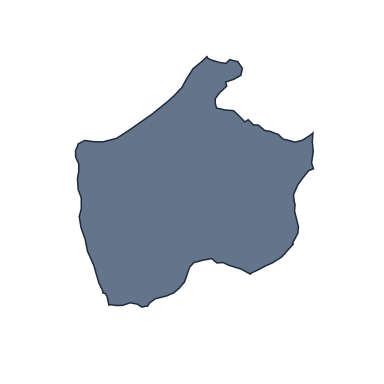 outline of Troulloi, Larnaca, Cyprus, rotated 145°
{"feature_id": "46923920B28470702945457", "entity_name": "Troulloi", "entity_type": "district", "adm_level": 2, "iso_a3": "CYP", "parent_name": "Cyprus", "parent_adm1": "Larnaca", "projection": "robinson", "projection_center": [33.619, 35.026], "detail": "fine", "context": "isolated", "style": "filled", "palette": "slate", "viewbox_px": 384, "rotation_deg": 145, "n_neighbors": 0, "source": "geoboundaries", "source_scale": "gbopen_adm2", "svg_char_len": 1599}
<svg xmlns="http://www.w3.org/2000/svg" viewBox="0 0 384 384"><g transform="rotate(145 192 192)"><path d="M102.1,294.3L108.9,293.3L120.4,292.4L127.6,289.4L131.6,287.8L140.1,283.5L151.8,281.1L160.1,280.1L179.6,278.7L192.7,278.7L208.6,278.7L222.9,279.2L236.3,284.2L244.4,290.2L250.2,295.7L256.7,296.6L257.5,296.7L263.9,292.4L267.3,287.3L268.7,279.9L273.1,273.7L278.0,268.9L283.8,259.3L286.0,250.9L292.1,242.0L298.5,236.5L303.3,226.6L305.0,220.6L306.5,214.9L311.6,203.4L314.6,187.8L317.1,180.9L320.5,170.7L321.8,162.4L322.9,160.4L321.1,158.5L321.6,155.0L324.8,147.4L324.9,147.0L324.6,147.0L324.0,146.9L318.5,142.0L313.8,138.9L306.2,136.7L301.0,131.4L299.1,126.5L294.5,124.5L294.0,123.9L290.2,125.5L283.2,125.6L272.6,121.5L264.9,119.9L257.7,120.5L249.7,122.6L243.9,126.8L237.1,131.8L231.0,133.1L222.0,129.8L214.0,126.1L212.4,119.7L207.0,116.3L204.2,111.4L200.0,105.8L195.9,100.6L193.2,95.0L191.3,91.2L190.2,91.7L182.6,90.3L174.3,89.3L166.6,87.8L155.6,87.3L147.4,89.3L139.0,91.2L139.4,92.2L128.9,97.5L124.8,102.4L118.9,117.6L114.6,122.8L114.0,125.1L110.4,131.6L101.2,137.2L93.5,139.9L84.1,142.6L79.2,141.3L77.4,147.2L69.3,155.8L64.7,164.1L59.1,171.0L62.0,170.7L72.0,171.1L79.0,173.8L83.1,178.7L87.0,183.1L88.4,190.0L90.4,192.6L93.4,197.1L97.1,200.7L99.3,208.8L103.2,211.8L104.5,219.0L108.5,219.1L109.9,227.9L111.3,234.8L117.8,240.2L123.7,246.7L122.1,251.2L119.4,255.1L112.8,257.4L102.9,258.8L101.4,262.8L93.5,260.4L85.1,259.5L79.8,264.4L79.7,272.6L85.3,278.8L90.4,277.9L95.0,282.2L98.7,286.8L101.0,289.9L102.2,292.2L102.2,293.4L102.1,294.3Z" fill="#64748b" stroke="#1e293b" stroke-width="1.5"/></g></svg>